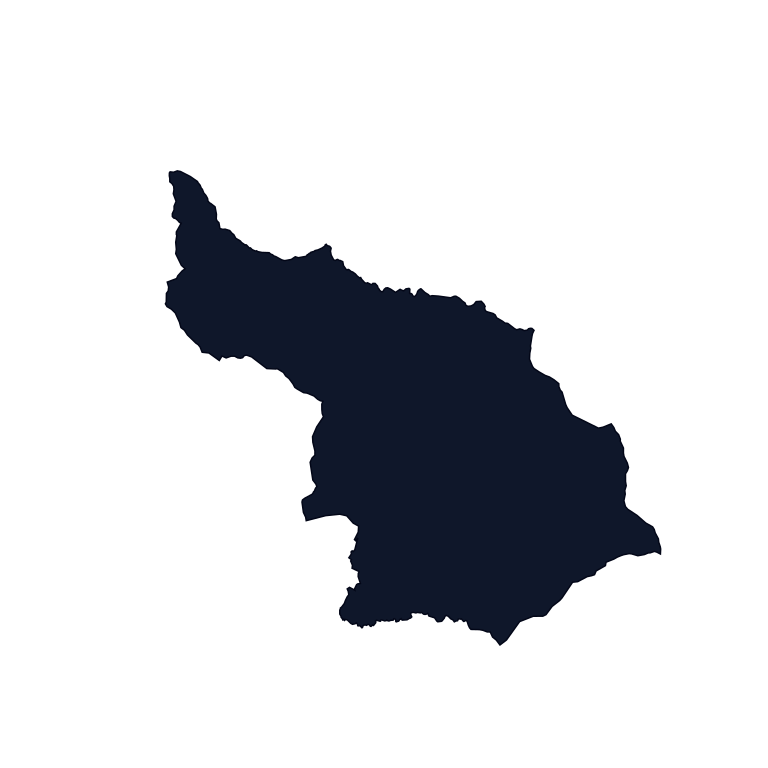 Sinca Noua, Brasov, Romania, rotated 236°
{"feature_id": "2599482B61334346881644", "entity_name": "Sinca Noua", "entity_type": "district", "adm_level": 2, "iso_a3": "ROU", "parent_name": "Romania", "parent_adm1": "Brasov", "projection": "robinson", "projection_center": [25.297, 45.691], "detail": "fine", "context": "isolated", "style": "filled", "palette": "ink", "viewbox_px": 768, "rotation_deg": 236, "n_neighbors": 0, "source": "geoboundaries", "source_scale": "gbopen_adm2", "svg_char_len": 6161}
<svg xmlns="http://www.w3.org/2000/svg" viewBox="0 0 768 768"><g transform="rotate(236 384 384)"><path d="M223.9,550.1L225.7,541.5L227.5,537.1L252.9,522.6L262.1,522.6L265.5,523.2L277.7,527.1L280.4,526.7L284.0,527.5L286.5,529.1L292.4,527.3L297.3,525.1L301.0,522.4L307.6,519.2L313.0,517.0L315.6,516.9L323.2,518.5L328.0,522.1L331.6,525.7L333.6,526.6L341.0,533.5L342.8,535.4L344.6,538.4L347.4,537.7L348.4,536.4L349.0,534.7L348.5,533.0L349.9,530.0L351.6,529.2L353.7,527.5L354.8,524.3L356.8,523.2L365.0,520.5L366.3,519.1L366.4,518.5L369.7,517.4L375.9,514.4L379.1,514.8L381.4,513.9L386.8,509.4L388.6,509.1L391.0,510.0L391.7,511.2L394.5,511.5L398.2,510.9L400.8,506.5L399.7,502.9L400.0,499.9L401.5,497.0L403.4,495.9L405.9,496.5L408.7,495.4L412.9,494.5L416.6,492.7L417.5,491.2L418.2,487.5L426.5,478.2L430.3,473.3L430.9,471.6L431.6,470.9L433.2,470.8L436.9,469.1L442.2,467.9L442.5,467.4L442.4,464.9L441.9,463.6L440.5,461.9L439.5,459.6L439.5,458.0L441.0,457.2L442.7,457.5L443.6,457.2L444.2,456.8L444.4,456.1L444.9,456.0L448.2,458.5L449.3,458.2L450.6,455.4L450.2,452.5L451.6,451.3L453.5,450.3L453.5,444.8L459.0,442.5L461.7,440.9L462.6,439.2L462.4,437.2L461.2,434.6L462.1,433.4L464.3,432.7L465.0,433.0L467.1,432.8L468.9,433.4L472.3,432.9L473.6,431.1L473.2,429.6L474.0,428.7L477.1,427.0L477.2,426.1L478.5,424.7L483.3,424.0L485.3,424.2L485.6,423.1L488.3,422.2L491.3,421.8L494.3,420.7L495.8,419.6L498.3,418.9L499.1,418.3L499.2,417.2L500.1,416.7L504.7,416.6L508.5,418.2L511.0,416.7L511.5,415.9L513.2,415.3L513.5,414.6L513.7,412.5L515.2,411.7L520.4,412.3L524.1,413.9L526.0,416.0L526.7,416.2L528.6,415.9L530.4,414.4L532.2,414.2L532.1,412.8L531.6,412.6L531.4,411.6L531.4,408.7L532.1,404.3L533.2,401.4L533.0,400.4L534.1,397.0L533.7,396.2L534.1,395.3L533.8,393.2L534.1,392.7L533.6,391.9L533.5,390.6L536.6,383.6L539.1,381.6L539.1,376.8L541.4,371.5L542.2,370.2L544.2,368.6L550.2,365.5L551.6,364.4L553.6,363.8L555.1,362.7L557.1,362.2L561.3,356.4L564.1,353.6L565.7,352.8L565.7,352.1L567.7,350.7L569.3,349.8L571.5,349.4L572.1,348.4L576.2,347.7L576.7,347.3L577.2,346.2L578.0,346.2L581.0,345.0L582.8,344.9L587.7,342.6L591.9,343.0L593.8,342.3L597.5,341.9L601.2,338.9L602.4,336.8L604.6,334.9L610.0,337.3L612.7,336.8L614.6,337.2L618.4,340.0L625.3,343.0L630.6,341.3L631.8,340.6L634.3,340.4L636.2,341.4L637.5,341.6L640.0,341.8L643.1,341.4L647.1,342.3L648.4,342.0L651.7,342.7L655.9,342.3L656.1,342.6L664.2,339.5L674.0,334.1L676.3,331.8L677.2,328.0L679.5,325.3L679.0,324.1L676.6,322.4L674.3,321.4L671.4,319.5L668.8,320.3L665.5,320.2L662.5,318.5L659.5,315.7L651.7,313.8L648.8,309.4L645.8,307.4L643.5,303.7L641.2,302.2L639.2,302.5L637.6,303.8L635.1,304.5L632.3,304.8L630.7,305.8L626.2,296.9L624.0,295.4L623.0,295.3L618.0,290.6L611.7,287.1L608.5,284.2L595.7,282.4L590.7,283.6L590.6,279.9L589.0,273.6L587.4,271.0L589.7,261.3L584.8,259.7L581.8,257.1L580.8,254.3L573.7,249.3L572.7,247.6L569.5,247.4L564.9,249.6L559.6,250.7L549.6,249.0L544.3,247.2L540.2,248.6L534.6,248.5L523.1,250.9L520.6,251.9L517.4,252.2L512.0,251.0L507.6,256.2L495.6,260.6L497.8,265.3L493.9,267.7L492.6,272.7L490.6,275.7L487.4,277.4L485.6,279.5L484.9,281.5L485.7,284.2L484.7,286.3L480.5,289.4L462.3,295.5L456.8,302.9L456.7,303.9L449.8,307.1L445.7,307.0L441.7,308.3L435.0,308.6L431.1,308.2L428.5,309.2L421.8,312.5L419.5,315.1L413.3,319.2L408.4,320.5L405.8,321.8L403.8,323.7L402.1,321.2L397.4,318.1L394.1,316.3L390.7,315.5L386.1,304.3L380.3,295.3L375.4,292.4L367.1,289.3L363.6,286.9L362.9,283.1L360.4,279.0L344.2,271.3L339.2,271.6L336.5,271.0L335.9,269.0L334.0,266.1L334.0,265.3L333.0,263.7L332.8,262.5L333.6,254.8L333.5,252.1L333.4,251.5L332.0,250.0L322.6,245.4L317.4,244.6L314.2,243.1L307.5,262.0L300.8,274.5L295.6,279.4L285.8,280.7L280.4,283.5L275.6,279.8L271.5,272.5L269.8,272.9L271.0,276.2L262.9,267.1L262.3,264.8L263.5,264.3L263.2,262.8L261.3,261.9L259.6,257.7L256.6,258.8L255.9,257.4L251.4,256.5L249.1,254.5L242.6,258.4L242.0,258.1L241.5,256.9L238.8,254.9L231.8,252.9L233.0,250.4L233.0,249.1L230.5,244.8L229.4,244.5L234.7,241.7L234.7,238.9L232.3,238.5L229.0,237.0L228.2,234.6L226.2,231.1L224.2,228.3L222.8,224.2L222.6,222.5L222.1,222.4L221.3,220.9L218.0,218.7L215.4,218.5L214.5,218.0L212.9,218.2L210.7,217.8L211.7,218.4L211.7,218.9L211.0,219.4L210.1,219.2L210.3,220.5L208.9,221.7L204.2,222.6L202.4,223.5L201.4,225.9L201.4,227.3L201.2,227.6L199.5,227.6L198.3,227.1L198.0,227.2L197.2,228.8L194.2,229.4L194.4,230.4L195.4,231.6L195.4,232.3L194.7,233.7L193.6,234.7L193.8,235.9L193.4,236.5L192.7,237.2L190.8,237.2L190.3,237.7L190.7,239.8L189.8,240.0L189.7,240.4L190.7,243.6L191.7,244.4L192.3,244.4L192.4,245.6L189.4,248.2L189.4,248.7L190.0,249.4L189.9,250.0L187.2,252.1L186.5,253.8L186.7,254.3L185.3,254.9L184.6,256.0L184.4,257.2L183.2,259.4L183.1,259.9L183.9,260.7L183.8,261.2L182.5,261.8L181.7,261.7L180.6,261.0L180.0,261.1L179.2,263.6L180.0,265.5L179.7,266.2L179.9,267.0L178.1,267.0L175.6,271.3L175.5,273.8L175.1,275.2L175.4,276.8L177.7,277.2L178.7,277.7L179.1,278.7L178.4,280.5L176.4,282.4L175.9,284.0L173.9,286.2L173.6,287.4L171.1,288.1L170.2,289.0L169.6,290.0L169.4,292.0L166.5,291.5L161.9,295.2L158.0,295.2L156.8,295.6L155.2,298.8L155.1,299.6L156.2,303.1L157.3,304.6L157.4,306.1L155.6,307.4L152.0,308.0L150.0,309.2L147.5,309.3L147.3,311.1L146.6,312.6L147.6,314.3L147.3,315.0L146.3,315.9L146.0,316.8L142.7,317.2L142.4,317.7L142.3,319.4L141.8,319.9L140.7,320.2L137.1,319.1L134.0,318.6L131.9,318.9L127.1,325.7L124.5,328.3L120.8,330.9L119.0,333.4L113.5,332.5L108.9,333.9L102.8,334.2L103.3,342.4L111.2,363.6L108.0,377.9L102.7,385.8L102.2,389.3L105.6,399.0L106.3,408.7L107.1,411.9L114.2,429.5L111.8,434.1L110.7,444.7L109.0,448.9L108.2,451.9L110.4,455.3L109.6,466.0L112.1,468.4L110.3,476.7L110.0,480.7L109.2,484.6L108.5,487.2L106.3,492.4L104.7,494.3L99.7,498.4L97.0,504.5L96.2,508.6L95.2,510.2L94.0,514.6L92.0,516.2L88.5,518.1L92.5,521.1L94.5,522.0L99.2,523.3L102.2,524.9L109.0,525.6L112.3,526.7L115.4,526.8L122.3,523.3L133.6,520.3L143.9,516.0L147.4,515.6L153.1,517.6L157.8,522.4L161.1,524.1L164.2,527.9L168.1,529.7L174.5,534.0L176.1,537.4L178.1,540.0L182.4,541.5L189.8,542.5L192.9,543.9L197.0,546.7L204.5,547.9L206.1,549.1L210.8,550.2L215.5,549.4L219.3,550.2L223.9,550.1Z" fill="#0f172a" stroke="#020617" stroke-width="1.5"/></g></svg>